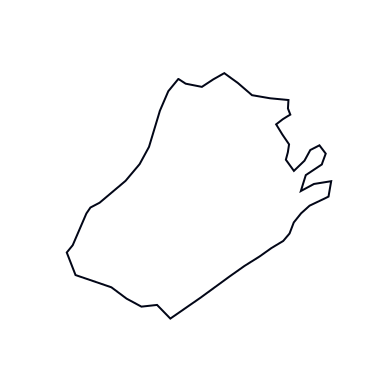 SVG path tracing the border of Füzuli, rotated 159°
{"feature_id": "AZE-1702", "entity_name": "Füzuli", "entity_type": "District", "adm_level": 1, "iso_a3": "AZE", "parent_name": "Azerbaijan", "parent_adm1": "", "projection": "orthographic", "projection_center": [47.235, 39.552], "detail": "fine", "context": "isolated", "style": "outline", "palette": "ink", "viewbox_px": 384, "rotation_deg": 159, "n_neighbors": 0, "source": "natural_earth", "source_scale": "10m", "svg_char_len": 925}
<svg xmlns="http://www.w3.org/2000/svg" viewBox="0 0 384 384"><g transform="rotate(159 192 192)"><path d="M330.6,180.4L322.4,185.1L298.3,209.8L292.4,213.9L282.1,215.1L250.1,226.2L230.9,236.8L216.0,249.5L193.2,278.9L193.2,279.0L178.0,294.6L164.3,302.4L164.1,302.3L159.1,295.4L145.1,286.6L131.9,289.5L119.3,291.4L110.1,277.3L101.3,260.9L85.5,251.5L69.0,243.3L71.3,238.2L72.5,235.6L72.5,229.0L76.1,228.4L81.2,227.4L89.2,225.0L87.1,213.6L86.6,211.4L84.3,201.7L88.3,194.7L92.8,188.5L89.3,175.2L75.8,180.9L66.5,188.8L56.3,189.9L53.4,179.9L59.7,172.7L60.9,171.2L79.7,167.0L85.4,159.8L90.0,153.9L75.3,155.8L58.2,152.2L66.2,138.8L69.3,138.5L87.1,137.1L97.8,133.0L107.9,127.1L115.8,118.3L124.4,113.6L138.0,111.2L152.0,107.6L161.6,105.7L161.8,105.7L169.8,104.1L187.1,99.7L222.2,90.2L257.6,81.6L265.1,99.1L280.3,103.1L291.3,115.9L301.4,131.9L330.5,156.2L330.6,180.1L330.6,180.4Z" fill="none" stroke="#020617" stroke-width="2"/></g></svg>